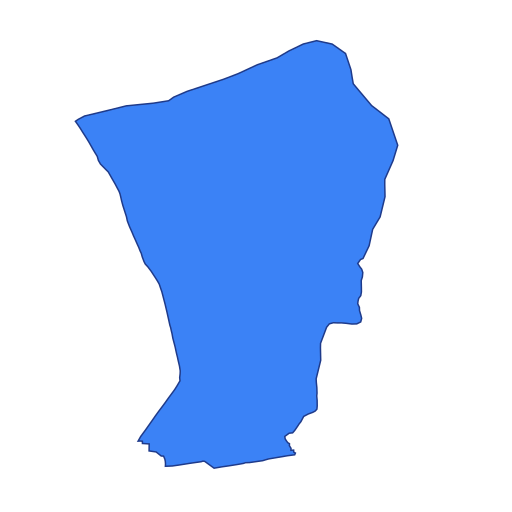 the district of Debubawi Mierab, Maekel, Eritrea, rotated 171°
{"feature_id": "51966322B83108029246772", "entity_name": "Debubawi Mierab", "entity_type": "district", "adm_level": 2, "iso_a3": "ERI", "parent_name": "Eritrea", "parent_adm1": "Maekel", "projection": "orthographic", "projection_center": [38.916, 15.31], "detail": "fine", "context": "isolated", "style": "filled", "palette": "blue", "viewbox_px": 512, "rotation_deg": 171, "n_neighbors": 0, "source": "geoboundaries", "source_scale": "gbopen_adm2", "svg_char_len": 2595}
<svg xmlns="http://www.w3.org/2000/svg" viewBox="0 0 512 512"><g transform="rotate(171 256 256)"><path d="M133.0,410.9L133.1,417.0L133.1,425.2L135.9,442.0L147.6,453.4L162.5,459.2L176.1,458.0L191.4,453.4L204.2,448.4L224.7,444.7L245.1,438.9L260.6,435.6L266.1,434.7L278.8,432.6L283.6,431.8L298.3,429.4L312.4,425.8L318.0,423.0L333.4,423.0L360.6,424.6L379.0,423.0L403.4,421.1L410.1,418.8L413.3,417.3L411.6,413.9L409.9,410.3L407.6,404.9L405.1,399.2L403.4,395.1L402.3,392.2L400.3,386.8L398.6,382.6L397.2,379.2L396.7,375.0L395.2,371.1L390.7,364.8L388.8,362.2L387.8,359.6L386.4,355.8L383.9,349.3L381.1,341.1L380.6,338.6L380.4,336.1L380.1,331.5L379.6,326.7L377.8,315.0L377.6,310.9L377.1,308.4L376.3,304.7L374.7,298.8L373.8,295.0L372.7,291.1L371.3,285.8L370.5,283.0L369.7,279.3L368.9,276.6L368.5,273.0L367.5,268.1L366.6,265.3L364.5,262.2L363.4,260.1L362.0,257.5L360.4,253.9L358.5,249.7L357.4,247.1L356.0,243.5L355.1,238.2L354.6,235.6L353.3,222.4L352.7,214.4L352.1,204.6L351.9,201.1L351.5,198.5L351.4,196.1L351.1,192.6L351.0,187.9L350.4,181.9L350.1,178.8L349.9,175.0L349.7,171.8L349.4,168.4L349.3,166.3L349.1,163.3L348.8,159.4L348.8,156.9L348.8,154.4L349.4,151.4L350.4,147.8L350.6,144.6L354.3,140.1L357.1,136.9L359.6,134.4L364.5,129.6L369.2,124.8L373.5,120.6L375.8,118.4L380.4,113.8L382.2,111.9L392.3,101.5L398.1,95.8L401.4,91.6L399.0,91.3L397.2,90.8L397.5,88.6L390.9,87.1L392.1,80.2L385.3,78.1L380.9,73.3L378.6,72.8L377.8,69.6L377.7,67.5L377.9,64.9L378.4,62.5L371.5,61.7L365.2,61.6L358.0,61.6L354.3,61.6L347.8,61.5L342.3,61.4L340.5,61.7L338.8,61.2L330.6,53.0L322.7,53.1L316.1,53.0L309.0,53.0L307.0,53.0L300.9,53.1L298.7,53.5L294.7,53.0L281.3,52.8L278.6,53.2L275.3,53.6L256.2,53.8L248.9,53.6L247.9,55.2L249.4,56.4L249.2,58.4L251.9,58.6L251.5,60.6L252.7,63.4L252.3,65.4L253.8,66.6L254.8,68.5L255.8,70.8L255.8,73.3L251.0,75.8L247.5,75.6L245.0,77.7L243.0,79.8L241.5,81.4L239.8,83.3L237.6,85.3L234.0,90.1L229.0,91.8L224.4,92.7L221.8,93.6L219.8,95.2L219.0,98.4L218.2,103.9L217.9,108.3L217.2,110.9L216.5,116.4L216.2,121.6L215.8,125.3L208.4,142.9L206.7,155.3L205.9,159.7L197.4,174.6L194.2,177.5L190.0,178.0L186.2,177.2L182.2,176.6L177.4,175.4L171.9,173.8L167.1,173.2L162.9,174.5L161.4,177.9L161.7,181.5L162.3,185.9L161.9,189.1L163.0,192.9L162.3,195.4L161.2,198.1L158.7,200.5L157.5,204.0L156.9,208.0L156.3,212.4L155.9,215.3L154.2,218.7L153.1,223.0L153.7,226.5L155.2,229.2L156.7,232.7L153.3,236.2L150.7,236.8L142.7,248.4L136.6,264.1L127.3,275.2L119.3,294.4L117.6,306.8L116.8,311.6L105.7,328.8L98.7,343.2L103.4,370.7L118.3,386.5L129.0,404.2L133.0,410.9Z" fill="#3b82f6" stroke="#1e3a8a" stroke-width="1.5"/></g></svg>